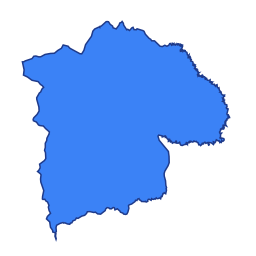 outline of Chang Klang, Nakhon Si Thammarat, Thailand, rotated 177°
{"feature_id": "78962969B43171444996165", "entity_name": "Chang Klang", "entity_type": "district", "adm_level": 2, "iso_a3": "THA", "parent_name": "Thailand", "parent_adm1": "Nakhon Si Thammarat", "projection": "natural_earth1", "projection_center": [99.584, 8.363], "detail": "fine", "context": "isolated", "style": "filled", "palette": "blue", "viewbox_px": 256, "rotation_deg": 177, "n_neighbors": 0, "source": "geoboundaries", "source_scale": "gbopen_adm2", "svg_char_len": 5741}
<svg xmlns="http://www.w3.org/2000/svg" viewBox="0 0 256 256"><g transform="rotate(177 128 128)"><path d="M230.0,199.6L228.7,191.5L229.6,186.3L225.7,184.2L221.4,180.7L215.2,179.0L213.2,176.1L211.5,174.9L210.1,173.1L211.9,171.4L213.3,168.6L214.7,167.6L217.6,163.0L217.6,161.3L215.9,153.6L215.9,149.6L218.1,146.3L221.5,143.2L222.3,141.6L222.1,140.2L219.1,138.7L217.2,135.7L216.0,135.1L212.4,134.4L210.4,131.8L206.7,128.2L207.2,126.1L209.5,122.1L209.9,119.6L211.4,117.1L211.6,112.9L212.5,110.1L211.7,107.7L211.7,101.8L213.1,99.9L218.2,96.5L217.8,94.1L217.9,92.7L219.3,90.4L220.6,89.3L218.0,87.0L217.3,85.8L218.0,81.6L217.9,78.6L215.4,69.9L216.9,64.2L217.2,61.6L216.7,61.1L214.8,61.2L213.9,59.5L212.2,58.3L211.0,54.9L211.7,53.2L211.1,49.6L209.8,46.9L213.1,43.9L214.2,41.5L211.1,38.3L210.6,32.9L208.6,29.6L208.6,28.1L206.5,27.3L206.1,26.7L206.6,23.8L205.7,20.6L205.5,21.2L206.0,23.9L205.5,26.4L205.7,27.6L205.0,28.4L205.1,32.3L204.4,34.6L200.8,36.3L197.8,37.0L197.2,36.4L196.0,36.6L193.6,35.4L191.2,34.9L190.5,36.0L189.1,36.2L187.8,38.2L185.4,39.0L184.3,40.8L182.6,40.4L178.8,42.4L175.8,43.1L173.9,44.8L173.0,46.5L170.4,46.5L166.5,45.4L165.0,45.7L162.8,43.8L159.8,43.4L155.1,46.7L154.5,48.4L153.0,49.6L151.3,49.2L150.4,48.3L148.7,48.2L147.2,49.3L146.3,49.3L145.8,49.0L145.3,46.9L142.9,47.9L140.3,45.3L139.9,44.3L137.6,43.3L136.9,42.3L134.8,41.8L133.6,42.2L132.5,44.1L131.3,47.8L131.6,50.4L130.8,51.2L128.3,51.9L124.8,54.2L124.3,55.4L122.9,55.1L122.1,56.5L120.7,56.9L120.4,55.6L119.3,55.2L118.3,53.9L115.2,53.6L114.6,53.9L113.8,53.1L112.1,53.7L112.2,54.6L111.4,55.7L110.5,55.7L108.7,54.6L108.1,56.2L107.4,55.6L106.1,55.4L105.2,55.9L104.6,55.5L103.5,56.7L103.0,56.0L101.8,55.9L100.0,56.5L99.1,55.6L98.3,58.0L97.5,57.8L96.5,60.7L95.8,60.6L95.2,61.5L93.8,60.4L92.8,64.0L93.1,65.6L92.6,66.3L93.2,68.6L93.3,73.4L94.3,78.0L94.3,80.6L93.5,82.9L90.0,88.2L88.7,91.2L88.5,97.4L88.9,102.5L97.5,114.1L98.5,118.3L97.7,119.3L94.6,118.5L94.3,117.3L93.5,118.0L92.6,117.4L91.8,118.1L91.0,118.1L90.7,117.6L91.0,116.6L90.2,116.6L89.1,114.8L87.5,114.6L88.4,113.2L88.4,112.5L86.5,113.4L86.3,111.9L85.3,112.4L84.5,110.5L83.0,111.2L81.8,110.9L80.7,112.5L80.3,112.2L80.5,110.4L78.6,110.2L77.2,111.1L76.7,108.9L76.0,108.0L74.8,107.7L72.2,108.6L70.7,108.6L70.3,109.1L70.9,109.5L70.6,110.2L69.5,108.6L69.4,110.1L67.7,110.0L67.3,110.6L67.9,110.9L67.4,111.4L66.4,110.8L66.3,111.5L65.8,111.5L64.6,110.6L63.6,110.7L62.8,111.6L61.7,110.8L60.5,111.1L59.7,110.0L58.9,109.8L58.2,107.5L57.4,107.7L56.5,106.6L54.4,108.2L55.2,109.2L53.4,108.2L52.8,109.4L51.9,109.8L51.1,108.6L49.2,109.3L48.4,106.7L47.7,107.0L48.1,107.9L47.8,109.3L45.6,108.8L43.5,107.0L43.2,107.6L43.5,109.9L43.1,109.8L42.6,108.6L42.1,108.6L41.2,109.7L40.4,111.6L38.4,110.3L37.7,110.6L37.0,108.6L36.2,109.2L35.6,108.8L35.2,110.6L34.0,109.7L32.8,110.6L32.6,111.7L32.9,112.4L35.1,113.1L35.4,112.5L36.7,113.3L36.0,114.8L36.0,116.7L34.8,118.0L36.7,118.2L36.8,119.3L36.0,120.1L35.6,122.1L34.1,122.9L34.1,122.1L33.6,122.5L33.0,121.9L32.4,122.1L31.9,123.3L32.3,123.8L33.1,123.7L32.9,125.8L32.4,125.9L31.7,125.1L30.9,125.6L29.6,124.9L30.3,126.3L31.4,127.3L30.6,127.1L30.2,127.5L30.2,128.1L30.9,128.2L30.7,129.3L30.0,129.4L30.1,130.1L29.5,130.2L29.3,131.0L28.7,130.9L28.6,132.1L27.8,132.2L27.8,132.8L26.0,133.1L26.2,133.9L27.2,134.5L26.7,134.8L27.2,136.0L28.1,135.9L28.5,136.9L27.0,141.8L27.3,142.0L27.5,141.5L28.6,142.4L28.7,143.4L28.0,144.2L28.2,146.1L29.5,146.4L30.1,147.0L30.0,147.9L30.6,148.1L30.3,149.6L30.5,149.0L32.0,149.6L30.6,150.4L31.7,151.1L31.7,152.0L30.9,152.0L32.0,153.0L31.2,153.2L30.9,154.4L29.9,154.7L29.9,155.1L30.4,155.2L30.0,155.8L31.8,155.9L33.1,157.5L33.1,158.7L34.3,159.0L33.6,159.6L34.7,160.8L35.1,163.4L35.7,163.0L36.7,164.3L36.8,166.3L37.9,165.5L37.7,166.3L39.1,165.9L39.6,167.2L40.3,167.0L42.2,167.8L41.7,168.6L43.0,169.1L41.6,169.6L43.7,170.2L43.5,171.8L44.6,171.2L46.3,171.6L46.9,173.4L47.3,173.2L47.2,172.3L47.8,173.2L48.3,172.8L48.5,173.5L48.1,174.3L49.1,175.2L50.0,175.3L50.4,176.1L50.7,174.7L51.8,175.0L51.8,176.6L53.3,175.7L53.7,175.9L53.5,176.5L54.2,177.2L54.2,176.5L55.2,176.1L55.0,176.7L55.7,177.1L55.8,177.9L54.1,179.4L54.7,179.3L55.4,180.3L55.1,180.8L55.8,180.9L55.6,182.4L56.7,182.2L56.4,183.4L57.4,183.2L57.7,184.1L58.0,183.6L58.5,184.0L57.3,185.7L58.3,186.4L57.4,187.4L58.5,188.1L59.4,187.0L59.9,187.4L59.1,188.3L59.8,188.7L59.6,189.6L60.0,190.9L61.8,191.6L61.2,193.1L61.5,193.3L61.9,192.7L62.2,193.5L61.6,195.2L62.1,194.5L62.2,195.7L63.1,194.9L63.9,195.0L63.0,196.0L63.5,196.1L63.2,197.8L64.0,197.0L63.9,197.6L64.9,198.0L65.2,200.4L66.8,201.5L66.8,202.3L67.4,202.5L68.1,201.9L68.3,202.6L68.8,202.3L69.4,203.1L69.8,202.1L70.1,203.0L70.4,202.0L71.6,201.8L71.7,203.1L69.9,205.0L69.2,206.7L69.2,207.8L70.5,207.2L70.9,207.8L70.3,208.4L71.0,208.8L71.0,208.2L71.6,208.0L71.4,207.2L72.2,207.7L72.2,208.4L73.1,208.5L72.9,209.4L74.1,209.4L74.4,208.8L74.8,209.5L75.1,209.0L76.2,209.1L76.3,207.7L76.8,209.2L78.1,208.8L77.9,209.9L78.4,209.6L79.1,210.1L79.4,208.9L80.1,208.3L81.0,209.7L80.9,210.2L81.9,210.1L83.1,208.4L84.9,207.6L86.9,208.7L89.5,207.5L91.7,208.0L96.9,213.6L99.9,213.9L100.6,215.3L102.3,216.5L105.8,220.8L106.9,223.7L108.0,224.5L113.8,226.6L114.5,225.7L116.8,225.9L117.7,228.3L118.9,227.8L121.4,225.3L123.1,226.6L124.1,226.1L126.9,230.9L127.2,232.9L128.3,234.7L129.1,233.8L130.7,233.3L131.6,231.2L134.6,227.6L137.6,228.8L138.1,230.6L140.4,232.5L141.9,235.1L143.2,235.4L144.3,235.3L149.3,231.2L150.8,230.9L150.9,229.8L151.9,230.3L156.1,228.6L158.0,226.6L159.7,221.5L166.0,213.5L168.0,207.8L170.3,204.5L172.1,204.7L181.1,210.2L182.2,211.0L183.5,212.8L188.4,214.3L190.3,211.1L194.1,209.1L197.6,206.5L201.6,206.5L207.0,205.8L211.4,203.7L213.3,203.7L216.2,204.7L218.3,204.6L220.2,202.3L227.1,200.4L228.5,199.6L230.0,199.6Z" fill="#3b82f6" stroke="#1e3a8a" stroke-width="1.5"/></g></svg>